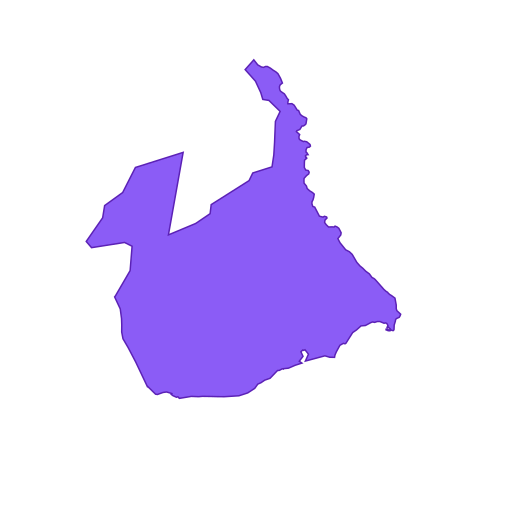 Pomos, Paphos, Cyprus, rotated 120°
{"feature_id": "46923920B57848599491117", "entity_name": "Pomos", "entity_type": "district", "adm_level": 2, "iso_a3": "CYP", "parent_name": "Cyprus", "parent_adm1": "Paphos", "projection": "equal_earth", "projection_center": [32.55, 35.149], "detail": "fine", "context": "isolated", "style": "filled", "palette": "violet", "viewbox_px": 512, "rotation_deg": 120, "n_neighbors": 0, "source": "geoboundaries", "source_scale": "gbopen_adm2", "svg_char_len": 3294}
<svg xmlns="http://www.w3.org/2000/svg" viewBox="0 0 512 512"><g transform="rotate(120 256 256)"><path d="M417.6,251.2L415.5,248.6L409.9,241.8L406.5,235.3L404.3,232.2L399.9,224.3L397.3,219.5L393.7,213.1L385.6,200.9L378.7,194.7L371.2,190.9L366.1,190.4L363.2,188.3L359.2,186.4L354.9,182.7L347.6,180.9L344.4,180.1L343.4,178.6L340.5,176.8L340.3,176.0L340.2,175.7L339.8,175.8L336.9,171.8L335.7,170.9L331.0,167.4L325.8,162.7L325.5,165.9L319.4,165.1L316.5,169.2L314.4,168.6L313.9,168.4L313.9,167.5L312.7,166.7L314.8,161.5L322.3,160.7L308.0,146.4L306.8,141.4L306.2,140.4L304.5,137.3L304.0,137.5L302.2,138.1L298.9,138.5L291.4,138.7L288.0,136.7L287.5,135.0L286.6,134.5L281.4,134.3L274.0,134.0L269.8,132.0L264.0,130.1L261.5,126.5L256.2,123.2L254.8,122.0L254.2,120.1L252.1,118.2L250.8,115.9L250.2,111.5L249.2,110.4L249.0,109.0L250.2,107.0L252.3,106.8L252.3,106.1L251.2,106.4L251.8,104.3L251.9,103.4L252.7,103.2L253.5,103.6L253.8,104.8L254.1,106.7L254.9,106.5L254.6,104.1L253.7,102.5L252.5,102.0L252.4,100.7L251.8,99.7L250.7,99.7L246.7,101.8L242.8,102.7L241.3,103.3L240.0,103.1L237.5,101.3L235.7,101.3L234.1,101.6L233.5,104.1L232.9,106.7L231.5,108.2L228.4,110.0L223.0,114.6L222.5,118.9L222.5,120.8L222.1,122.8L221.6,123.9L221.6,125.6L221.0,128.5L216.8,141.0L216.5,142.6L216.6,144.8L214.8,148.9L214.3,153.4L213.2,157.4L212.6,161.1L211.1,165.5L206.5,173.5L205.6,177.3L205.8,181.4L202.5,189.9L200.0,193.8L195.4,193.1L193.3,193.9L192.1,195.7L190.6,198.1L190.3,200.4L190.6,202.5L191.8,202.8L192.8,204.8L194.6,207.7L193.8,210.8L192.7,213.3L190.5,214.2L187.6,213.5L186.9,214.4L187.4,216.6L188.8,217.4L189.8,221.0L184.3,229.6L184.7,231.6L182.9,233.6L181.1,234.6L178.9,234.7L176.5,235.3L173.3,236.5L172.8,238.8L172.7,242.1L172.0,245.4L170.2,247.3L168.9,250.8L166.5,252.3L164.7,253.2L161.0,252.4L158.5,251.4L156.8,251.9L155.9,253.5L156.7,255.9L155.2,258.4L151.1,260.7L148.7,261.9L146.0,260.9L145.4,261.6L145.8,262.1L144.6,263.3L143.0,262.8L142.2,261.6L141.1,263.6L141.0,264.6L139.0,265.8L136.5,266.0L135.0,264.2L133.6,263.8L132.4,265.0L131.7,269.2L132.5,271.6L133.2,272.2L133.4,275.7L133.0,277.2L131.2,278.5L129.0,278.9L128.1,283.2L127.1,283.3L124.5,281.3L120.5,281.2L119.6,279.9L117.9,279.1L116.6,278.8L111.8,280.6L111.3,281.8L111.6,284.2L111.6,286.3L111.2,288.5L108.7,291.9L109.1,293.1L106.3,298.4L106.1,301.1L107.5,303.2L108.2,304.6L106.7,305.4L104.5,306.0L103.9,307.9L102.6,310.1L101.4,312.5L101.2,315.2L101.0,317.1L100.5,318.1L99.4,319.2L97.8,320.3L96.4,320.6L95.5,320.6L94.5,320.2L93.0,319.6L91.5,321.5L89.8,323.7L87.1,328.2L86.6,330.9L86.5,334.1L86.1,337.5L86.2,340.9L87.1,342.5L88.9,343.8L89.6,345.9L89.6,350.1L87.2,356.0L88.3,356.2L100.0,358.6L104.9,343.8L105.2,343.4L112.1,333.6L117.0,328.4L114.8,322.6L118.7,307.4L129.7,306.5L148.4,296.7L159.6,291.1L170.8,286.7L185.7,300.3L194.2,299.7L233.9,320.5L242.3,316.9L258.0,324.5L281.5,342.4L203.0,370.8L202.7,370.9L239.6,404.7L267.7,403.2L288.0,412.3L299.6,407.9L328.2,410.3L328.3,410.3L331.0,402.6L310.0,376.6L309.5,368.2L331.6,357.7L360.7,357.8L362.1,358.0L369.7,347.1L377.5,341.1L382.8,337.8L389.0,334.3L394.2,329.8L399.2,321.0L408.0,307.1L423.6,284.5L424.2,284.5L423.2,284.4L425.9,273.9L425.2,272.1L420.7,268.3L418.5,265.5L417.2,260.2L418.2,260.3L418.5,258.1L418.1,254.3L417.0,253.3L417.6,251.2Z" fill="#8b5cf6" stroke="#5b21b6" stroke-width="1.5"/></g></svg>